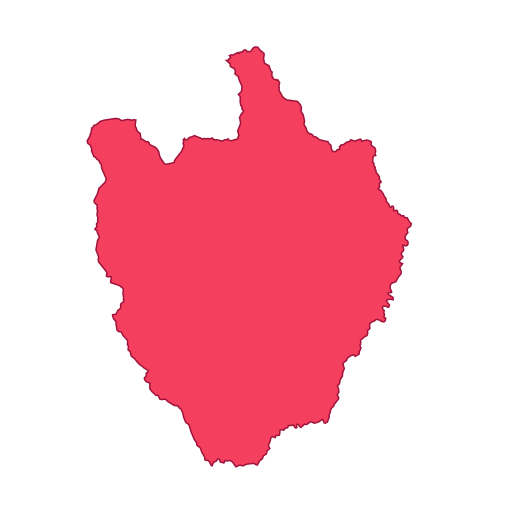 Gonzanama, Loja, Ecuador (Robinson projection), rotated 173°
{"feature_id": "8360857B83721057206969", "entity_name": "Gonzanama", "entity_type": "district", "adm_level": 2, "iso_a3": "ECU", "parent_name": "Ecuador", "parent_adm1": "Loja", "projection": "robinson", "projection_center": [-79.462, -4.166], "detail": "fine", "context": "isolated", "style": "filled", "palette": "rose", "viewbox_px": 512, "rotation_deg": 173, "n_neighbors": 0, "source": "geoboundaries", "source_scale": "gbopen_adm2", "svg_char_len": 6082}
<svg xmlns="http://www.w3.org/2000/svg" viewBox="0 0 512 512"><g transform="rotate(173 256 256)"><path d="M261.6,453.7L258.2,449.9L258.4,447.2L254.7,444.6L253.9,442.1L254.7,439.3L251.8,436.4L251.2,432.6L249.2,425.9L250.4,421.0L253.8,418.6L252.2,416.0L252.9,411.1L252.8,407.2L251.7,406.3L252.0,403.6L250.6,401.0L253.3,398.8L255.6,395.1L255.2,393.6L255.2,389.3L259.0,382.3L258.3,377.9L260.5,374.0L262.7,374.2L266.0,373.3L268.9,374.2L269.4,375.7L271.0,375.1L273.4,375.1L275.2,374.1L280.5,376.1L283.6,376.5L285.0,378.5L288.0,377.9L289.7,378.6L291.1,378.2L292.8,379.0L294.3,378.5L302.5,383.0L305.4,382.0L307.5,381.9L310.4,379.6L312.0,380.1L312.5,381.4L314.0,380.5L313.7,379.0L314.7,376.4L314.0,374.3L317.1,369.0L324.4,361.7L326.2,358.7L333.1,358.0L335.5,358.5L338.8,364.9L339.3,366.3L339.9,371.5L341.2,374.4L343.0,376.4L347.9,379.5L348.4,381.6L349.2,382.6L351.1,382.8L354.5,385.7L355.9,385.8L356.0,391.7L358.7,394.5L359.4,398.1L360.2,399.6L358.7,405.7L360.9,406.2L362.2,405.8L366.4,407.2L373.2,406.8L375.0,408.6L378.7,409.7L390.3,409.3L394.2,408.6L399.0,405.5L400.8,405.6L401.5,404.3L403.5,402.9L405.1,397.3L405.8,397.0L406.1,395.5L409.6,390.7L409.2,388.2L407.3,386.6L406.8,385.6L405.9,381.5L406.5,380.5L404.7,374.3L403.4,373.7L402.0,371.3L400.4,370.0L399.8,367.9L398.4,365.6L398.5,362.0L395.2,350.8L396.6,347.8L403.7,342.2L405.8,337.1L410.1,330.6L409.8,328.5L408.0,326.5L407.4,324.8L408.0,323.1L407.8,319.8L408.8,316.5L408.3,312.9L408.9,310.7L408.9,308.9L410.5,307.2L410.3,304.7L412.7,302.2L410.8,300.5L410.5,297.9L409.2,294.6L409.8,292.7L411.3,291.0L414.1,281.7L412.4,275.0L412.4,273.5L413.1,271.8L412.8,269.1L406.4,258.7L406.1,257.7L406.9,254.1L405.0,253.3L402.1,253.1L402.0,252.6L403.3,249.0L403.5,247.3L395.5,243.5L392.4,240.6L391.7,239.2L392.6,234.9L392.5,231.1L393.1,226.4L395.1,225.7L396.2,224.7L396.7,221.1L397.2,220.3L399.5,219.1L401.7,215.9L402.6,215.2L405.3,215.3L405.7,214.8L405.1,211.2L402.8,207.6L403.2,205.8L403.0,199.5L401.7,197.8L398.9,197.0L397.8,193.5L394.1,188.4L393.7,187.3L394.4,183.9L393.6,182.0L394.4,178.4L392.4,176.2L392.4,173.9L391.9,171.7L388.9,168.8L386.4,164.6L384.4,162.1L382.7,160.9L381.0,158.7L377.0,155.5L377.1,154.4L379.3,153.0L379.7,149.9L381.4,148.9L381.8,147.9L381.4,146.4L380.1,144.5L376.8,142.7L377.6,137.4L375.8,134.1L372.3,129.9L370.3,129.7L368.9,125.7L367.6,125.1L363.1,124.8L361.5,122.5L355.4,117.6L351.8,116.8L350.5,114.2L349.1,113.3L347.8,108.9L347.4,104.4L346.0,99.4L343.6,97.3L343.0,96.0L341.8,89.1L339.7,81.7L337.9,78.3L337.6,75.1L335.1,72.9L334.6,72.0L333.7,67.8L331.5,62.8L331.6,60.0L330.4,59.3L329.4,59.3L327.5,57.8L325.9,53.4L325.2,53.1L323.1,56.6L320.7,57.1L318.8,59.2L317.3,59.0L316.5,55.9L313.1,54.5L311.7,56.7L309.5,56.1L306.7,56.2L304.4,54.4L301.7,49.2L297.6,50.4L294.4,49.3L290.8,50.5L284.4,50.5L283.1,50.3L281.2,48.6L280.1,48.4L277.5,52.1L274.4,54.0L273.0,56.8L269.9,58.2L268.7,61.3L265.7,63.3L266.6,65.4L266.6,67.1L264.9,69.6L263.1,74.3L261.6,74.6L259.1,73.4L258.2,75.1L257.6,75.4L254.8,75.2L254.0,76.9L253.5,80.2L252.4,80.6L249.7,79.7L248.4,81.2L245.4,81.8L244.7,83.8L241.8,83.4L239.7,84.0L238.3,81.2L237.5,80.4L236.3,80.7L236.5,83.4L235.6,84.1L234.7,83.7L233.0,80.8L232.1,80.5L228.3,83.1L226.1,82.6L222.1,84.8L220.5,84.3L219.0,83.1L217.7,83.0L214.2,83.6L210.0,85.7L209.5,85.5L208.7,82.0L207.6,81.6L205.4,82.5L203.0,87.1L202.7,89.8L201.7,91.0L200.6,94.4L199.4,95.9L197.4,97.3L196.1,99.6L191.5,104.1L191.2,105.3L192.4,108.5L190.6,110.3L190.3,111.2L190.3,113.9L191.0,117.2L188.6,119.2L187.6,122.9L184.9,126.2L184.3,129.3L182.1,133.6L182.9,138.6L180.8,140.4L178.9,141.2L178.1,143.2L174.2,145.5L171.1,146.0L169.7,144.3L165.6,146.1L165.1,148.6L163.0,151.8L163.8,154.7L162.9,155.6L162.4,159.8L157.6,162.9L155.6,163.4L154.6,165.3L154.3,168.7L151.9,169.9L151.6,173.9L150.7,175.5L148.9,176.5L146.0,177.2L145.3,178.1L144.1,178.4L141.6,177.6L139.1,175.6L137.5,175.1L136.7,175.1L135.6,176.1L134.8,178.5L135.9,179.0L136.4,179.9L135.6,182.4L136.1,184.0L135.4,186.3L136.5,187.5L137.0,189.3L135.5,190.7L133.4,190.4L131.7,189.2L130.4,189.1L129.5,191.0L131.9,195.1L131.7,196.4L128.0,196.8L125.3,195.8L125.1,196.3L125.1,198.3L129.2,201.6L129.6,202.9L128.9,203.5L126.7,203.1L125.7,203.6L126.8,207.8L126.0,211.4L124.3,212.5L120.2,213.5L117.8,217.1L114.1,220.9L113.8,222.9L114.7,227.1L111.4,230.5L114.2,232.1L114.3,233.6L110.4,236.9L110.3,237.4L111.3,239.0L111.5,240.3L111.1,241.5L109.1,243.2L108.6,244.4L109.0,248.8L105.6,247.7L104.6,248.2L103.7,249.2L103.4,251.4L103.9,252.6L105.8,254.4L105.7,257.3L102.4,260.8L102.8,263.4L102.4,264.8L98.8,266.9L97.9,269.2L99.6,271.4L101.3,275.6L103.8,276.0L104.5,278.0L106.8,278.1L108.2,280.0L109.7,280.4L110.1,281.0L109.9,282.5L110.6,284.2L113.8,284.1L113.5,287.3L114.0,288.8L115.0,288.9L116.4,287.8L117.2,288.1L117.7,290.8L119.9,294.3L120.0,297.3L121.4,299.5L122.1,302.2L124.0,305.7L126.4,307.5L126.4,308.0L125.0,309.1L124.7,313.2L123.1,313.7L122.7,314.3L124.3,317.1L123.8,319.1L124.1,320.3L126.7,324.7L126.5,326.6L127.3,328.0L126.8,329.5L128.0,331.3L127.7,333.7L128.8,334.9L127.9,339.5L127.2,340.9L124.9,341.2L125.5,343.1L124.6,344.7L124.4,346.7L124.8,348.8L127.9,351.6L128.1,352.8L127.7,355.2L128.3,356.0L131.8,357.6L137.1,357.1L137.6,358.8L138.3,359.3L144.1,358.0L147.8,359.8L149.4,358.1L152.1,358.0L155.8,355.8L158.2,355.8L159.1,354.4L159.8,354.4L160.1,351.5L162.3,351.7L164.3,349.8L166.9,350.4L168.0,352.5L168.2,356.9L170.2,359.1L170.8,361.0L172.4,361.2L179.2,363.9L181.3,366.3L182.3,367.0L183.6,367.0L185.9,370.1L188.5,371.2L190.3,373.7L190.5,376.5L192.4,380.8L191.4,383.7L191.9,390.2L193.9,394.8L193.1,395.9L192.9,398.1L193.6,400.8L196.0,404.4L206.5,407.2L208.8,409.1L210.4,411.4L213.0,417.9L212.4,420.1L212.5,422.4L211.4,425.0L212.8,428.1L213.6,427.8L214.4,428.7L215.6,428.7L217.0,429.5L218.3,433.2L217.6,436.7L218.6,437.4L219.9,443.3L224.1,446.3L224.4,451.3L223.3,455.0L223.5,456.3L227.0,459.9L228.8,463.1L231.8,463.6L233.6,462.7L236.5,459.6L239.5,459.9L241.5,462.0L243.8,461.3L245.1,459.9L247.0,460.4L248.5,459.1L249.2,460.2L254.7,458.2L256.2,458.8L257.2,458.0L257.9,458.1L256.9,456.0L257.1,455.8L259.2,454.7L259.9,453.6L261.6,453.7Z" fill="#f43f5e" stroke="#9f1239" stroke-width="1.5"/></g></svg>